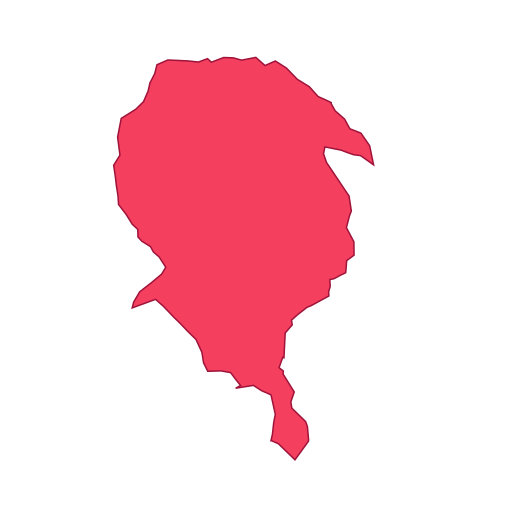 Kosi, Larnaca, Cyprus (Albers equal-area conic projection), rotated 171°
{"feature_id": "46923920B21687846185462", "entity_name": "Kosi", "entity_type": "district", "adm_level": 2, "iso_a3": "CYP", "parent_name": "Cyprus", "parent_adm1": "Larnaca", "projection": "albers", "projection_center": [33.514, 34.977], "detail": "fine", "context": "isolated", "style": "filled", "palette": "rose", "viewbox_px": 512, "rotation_deg": 171, "n_neighbors": 0, "source": "geoboundaries", "source_scale": "gbopen_adm2", "svg_char_len": 1744}
<svg xmlns="http://www.w3.org/2000/svg" viewBox="0 0 512 512"><g transform="rotate(171 256 256)"><path d="M162.2,270.0L160.7,273.5L157.3,281.2L154.8,285.5L154.7,300.6L170.3,334.3L171.7,337.3L172.4,341.3L173.3,346.4L173.2,346.8L171.7,350.7L170.9,353.0L170.5,352.8L156.9,347.8L155.2,347.1L149.1,343.6L143.6,340.7L137.0,338.8L136.9,338.7L136.2,338.0L125.6,327.6L126.5,347.1L133.1,360.9L143.4,367.0L147.1,377.4L155.1,387.0L158.0,394.9L157.7,395.8L169.7,403.8L176.9,414.9L187.6,424.1L196.6,436.9L206.4,445.6L217.3,442.7L225.1,452.2L239.5,451.7L242.2,452.9L247.5,455.3L256.9,457.1L269.8,454.4L273.0,458.5L282.5,456.6L293.0,459.4L312.4,463.4L323.9,460.4L327.5,452.0L332.5,445.1L333.6,443.7L336.8,435.7L343.0,426.0L351.9,419.7L367.6,413.0L374.1,395.0L374.6,376.9L382.4,367.9L382.5,357.2L382.9,347.3L382.9,337.3L383.7,328.3L377.8,317.5L373.2,306.6L368.6,300.8L369.6,293.2L366.4,288.4L358.8,281.8L356.7,276.0L351.8,270.2L346.9,259.0L352.0,252.9L362.8,246.4L376.4,238.9L384.0,229.7L386.1,224.8L386.4,224.1L362.0,228.9L355.4,220.9L346.9,208.6L341.1,200.8L335.6,192.8L328.3,182.9L324.5,169.3L324.5,158.7L321.7,149.7L308.6,148.0L299.3,144.8L295.2,137.0L291.5,130.5L296.8,128.6L278.8,128.6L271.7,122.2L262.9,116.5L261.7,96.6L264.6,88.6L267.7,77.2L270.1,71.3L269.9,71.3L263.3,67.1L249.4,48.6L233.2,64.8L232.8,66.1L231.9,79.4L232.9,84.7L244.4,100.1L244.4,106.5L239.5,115.7L247.7,135.1L247.0,138.1L250.7,142.1L245.4,151.8L244.3,151.1L239.2,175.4L231.0,182.3L231.0,187.1L224.3,191.4L213.7,197.3L209.1,198.4L190.3,205.1L189.8,209.5L187.5,214.2L187.3,216.1L186.7,221.3L182.9,221.3L180.3,222.1L175.7,223.8L172.4,224.7L170.0,225.5L168.4,231.9L167.2,237.2L159.0,241.5L157.1,254.7L162.3,269.9L162.2,270.0Z" fill="#f43f5e" stroke="#9f1239" stroke-width="1.5"/></g></svg>